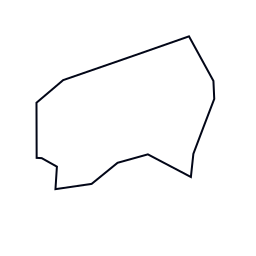 SVG path tracing the border of Aizkraukles, rotated 251°
{"feature_id": "LVA-5730", "entity_name": "Aizkraukles", "entity_type": "Municipality", "adm_level": 1, "iso_a3": "LVA", "parent_name": "Latvia", "parent_adm1": "", "projection": "albers", "projection_center": [25.215, 56.647], "detail": "fine", "context": "isolated", "style": "outline", "palette": "ink", "viewbox_px": 256, "rotation_deg": 251, "n_neighbors": 0, "source": "natural_earth", "source_scale": "10m", "svg_char_len": 356}
<svg xmlns="http://www.w3.org/2000/svg" viewBox="0 0 256 256"><g transform="rotate(251 128 128)"><path d="M129.5,31.9L181.7,49.7L194.4,82.3L194.5,152.1L194.8,215.5L144.7,224.1L127.4,219.0L104.7,200.0L82.3,181.4L61.2,171.5L96.6,138.2L98.5,106.8L87.0,75.4L93.8,39.5L114.6,48.2L127.6,36.6L129.5,31.9Z" fill="none" stroke="#020617" stroke-width="2"/></g></svg>